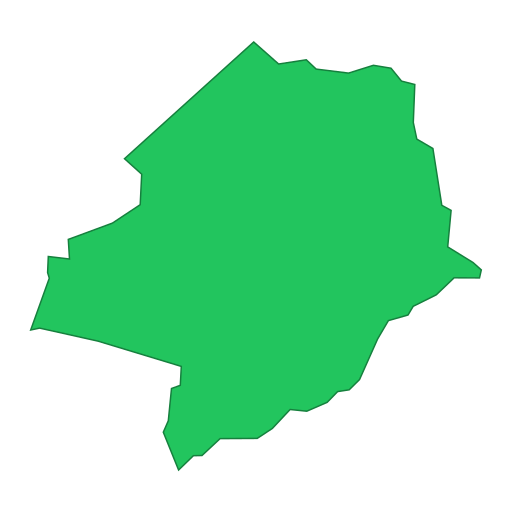 Hancock, Georgia, United States of America (Mercator projection)
{"feature_id": "52423323B47839005266418", "entity_name": "Hancock", "entity_type": "district", "adm_level": 2, "iso_a3": "USA", "parent_name": "United States of America", "parent_adm1": "Georgia", "projection": "mercator", "projection_center": [-82.985, 33.26], "detail": "fine", "context": "isolated", "style": "filled", "palette": "green", "viewbox_px": 512, "rotation_deg": 0, "n_neighbors": 0, "source": "geoboundaries", "source_scale": "gbopen_adm2", "svg_char_len": 762}
<svg xmlns="http://www.w3.org/2000/svg" viewBox="0 0 512 512"><path d="M253.7,42.0L124.5,158.7L141.7,174.2L140.2,204.7L112.4,223.1L68.3,239.4L69.5,259.0L48.3,256.5L47.6,272.6L49.3,278.2L30.7,330.0L39.6,328.1L97.9,341.1L181.3,366.4L180.3,385.3L171.5,388.5L168.3,420.8L163.3,432.2L178.6,470.0L193.4,455.7L202.0,455.5L220.1,438.6L257.2,438.4L272.4,428.4L290.1,409.5L306.8,411.2L327.2,402.3L337.6,391.6L349.2,389.8L359.5,379.6L377.6,339.0L388.4,320.6L408.0,315.0L413.2,306.3L436.3,294.8L454.1,277.8L479.5,277.9L481.3,269.9L473.0,262.5L447.7,246.9L451.1,210.4L441.8,205.3L432.9,148.5L416.8,139.1L413.3,122.5L414.8,84.5L401.5,81.1L391.0,68.2L373.4,65.3L348.5,73.1L316.2,69.1L306.3,59.8L278.6,64.0L253.7,42.0Z" fill="#22c55e" stroke="#15803d" stroke-width="1.5"/></svg>